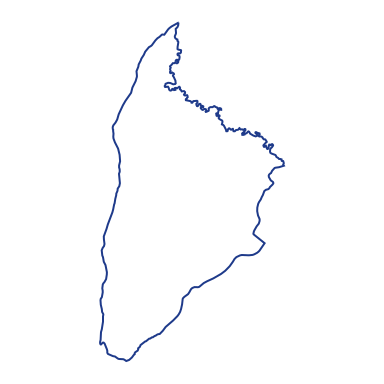 outline of Carmen De Apicala, Tolima, Colombia
{"feature_id": "7082276B91357442595153", "entity_name": "Carmen De Apicala", "entity_type": "district", "adm_level": 2, "iso_a3": "COL", "parent_name": "Colombia", "parent_adm1": "Tolima", "projection": "orthographic", "projection_center": [-74.743, 4.131], "detail": "fine", "context": "isolated", "style": "outline", "palette": "blue", "viewbox_px": 384, "rotation_deg": 0, "n_neighbors": 0, "source": "geoboundaries", "source_scale": "gbopen_adm2", "svg_char_len": 5992}
<svg xmlns="http://www.w3.org/2000/svg" viewBox="0 0 384 384"><path d="M177.8,23.0L171.5,26.5L169.4,28.1L168.1,29.4L164.3,34.7L162.3,34.5L161.8,34.7L159.5,36.9L157.5,38.2L155.4,40.4L151.8,45.3L150.8,46.1L148.9,47.2L145.2,51.7L143.8,54.9L141.4,58.6L140.7,60.6L138.7,64.4L138.3,66.8L136.5,71.2L136.9,75.3L136.9,76.8L136.5,78.1L135.6,81.2L132.4,87.6L131.1,92.8L125.5,100.8L122.9,105.3L118.7,114.3L117.2,119.5L115.5,122.6L113.3,125.4L112.7,127.1L112.8,129.1L113.2,129.8L113.1,130.7L113.5,133.6L113.3,136.8L113.5,138.5L114.9,142.3L118.1,148.6L119.6,154.8L120.1,161.3L119.1,165.4L119.1,167.5L119.6,169.1L119.7,170.4L119.7,171.8L119.0,173.8L119.9,183.2L119.3,186.2L117.7,188.6L117.5,190.8L116.3,193.6L116.2,195.3L115.3,198.8L114.6,203.3L114.1,204.6L113.2,209.3L112.4,212.3L107.8,224.5L106.5,229.0L103.8,236.4L103.9,239.2L104.5,244.0L104.0,246.1L102.7,247.9L101.7,250.3L102.3,255.5L103.0,257.2L103.8,261.8L105.5,265.1L106.9,272.2L106.8,274.6L106.1,279.1L104.5,282.0L103.4,283.3L102.8,284.4L102.3,288.3L102.7,290.8L102.7,292.5L101.9,297.0L101.6,297.6L100.8,298.7L100.5,300.2L100.8,304.8L101.8,309.0L102.1,311.9L103.3,314.2L103.3,314.8L103.0,316.3L103.0,321.7L101.8,329.3L101.0,332.1L100.6,339.8L100.1,342.0L100.1,343.2L100.5,344.3L100.9,344.5L102.9,342.6L103.6,342.6L104.6,343.6L106.9,349.3L107.3,350.8L107.3,352.6L107.6,353.4L108.1,354.0L112.9,356.1L115.0,356.5L117.9,358.6L119.0,359.0L123.2,359.2L124.4,359.7L126.2,361.0L129.2,359.9L131.9,357.5L133.8,354.9L134.7,354.2L134.6,353.3L135.3,352.2L137.7,350.6L138.3,349.0L138.1,348.6L138.2,348.2L139.9,346.8L140.5,345.1L145.1,341.5L146.1,341.2L149.1,338.7L150.3,338.5L151.8,337.4L152.8,337.3L154.6,336.0L155.7,335.7L156.6,334.9L158.1,334.2L159.7,334.0L162.8,330.8L165.6,327.0L173.1,320.5L177.5,316.0L178.7,314.4L180.1,311.9L181.1,308.9L182.1,304.3L182.7,298.9L183.1,298.1L184.4,296.8L188.1,294.1L189.3,292.3L191.0,289.2L192.3,288.0L194.5,287.1L198.0,287.2L199.3,286.8L203.7,283.1L207.0,281.3L213.3,278.4L221.1,273.9L225.2,270.8L229.7,266.2L232.9,261.7L234.5,259.0L236.4,257.1L240.0,255.4L241.8,255.0L248.9,255.3L252.7,254.9L254.3,254.3L257.1,252.8L258.6,251.6L259.6,250.5L264.6,243.2L254.8,235.3L253.6,234.3L253.4,233.7L253.9,231.4L254.4,230.3L256.6,226.4L258.8,223.6L259.6,220.9L259.6,219.1L258.0,215.4L257.2,211.2L257.3,207.6L258.2,203.8L259.0,202.1L260.8,199.4L261.7,197.2L262.9,195.0L264.3,191.1L265.9,189.8L268.4,189.1L269.4,188.1L270.0,187.0L272.5,184.6L273.3,183.5L273.3,182.8L272.9,181.9L270.8,180.4L268.9,177.1L268.7,175.7L269.1,174.6L270.1,173.6L271.0,173.1L272.1,170.8L274.6,168.0L275.5,167.7L279.1,167.2L283.9,165.7L283.2,164.6L283.8,163.2L283.5,162.0L283.2,161.1L281.8,160.9L281.6,160.6L281.6,159.4L280.4,159.0L279.1,159.0L278.2,158.0L276.5,157.0L275.7,155.3L275.2,154.9L271.4,153.5L270.3,152.7L270.0,151.5L270.2,149.3L270.7,148.4L271.9,147.3L273.0,145.7L273.1,145.2L272.7,144.5L272.1,144.1L271.6,144.3L271.1,144.6L270.9,145.1L270.4,145.2L270.0,144.7L269.3,144.6L268.8,145.4L268.7,147.0L268.2,148.6L267.9,148.9L267.4,149.0L267.0,148.7L265.9,145.8L265.4,146.0L264.6,146.8L264.1,146.9L263.8,146.6L263.4,145.6L263.5,145.2L265.9,142.6L266.7,142.0L266.7,141.6L265.4,139.6L264.9,139.3L264.0,139.4L263.5,139.0L262.7,138.1L262.6,137.5L261.8,136.8L260.6,136.4L259.3,136.5L258.9,136.2L258.8,135.1L259.7,134.3L259.5,133.4L257.3,132.8L256.4,132.2L255.6,132.2L255.4,132.5L255.6,133.3L256.8,134.2L257.4,135.2L257.4,135.7L255.7,136.4L253.4,135.6L250.2,133.7L249.2,131.8L248.5,131.4L248.0,131.6L246.5,133.3L245.2,133.4L244.8,134.4L243.4,134.9L242.3,134.9L242.1,133.6L242.7,132.8L243.7,133.1L244.1,131.5L245.2,130.6L245.5,129.9L245.3,129.1L244.5,129.0L243.7,129.7L243.0,129.8L242.0,129.3L240.7,129.5L240.1,129.1L239.5,128.1L239.3,128.2L238.7,129.2L237.9,129.8L236.1,130.0L234.9,131.2L234.3,131.3L233.5,131.2L232.9,128.9L232.5,128.9L231.5,129.7L230.9,129.7L229.6,128.5L229.1,128.3L228.0,129.3L227.6,131.0L227.0,131.3L226.3,131.2L225.9,129.5L224.0,125.8L223.3,125.0L221.9,124.4L222.5,121.8L222.2,120.6L219.3,119.0L218.7,118.2L218.8,117.2L219.5,116.4L219.6,115.8L219.4,115.4L217.8,115.4L217.0,116.0L216.5,115.6L216.2,113.6L216.5,113.3L218.0,113.4L218.3,111.4L218.9,110.0L219.7,109.6L221.2,109.8L221.2,109.0L220.6,108.3L219.1,108.1L217.9,109.1L217.6,108.8L217.1,107.5L215.3,106.9L214.6,106.1L214.1,106.1L212.7,107.1L210.5,107.1L209.3,107.7L208.7,108.5L208.8,110.3L208.6,110.8L206.4,111.8L205.8,111.9L205.6,111.5L206.2,110.7L206.3,110.3L205.8,109.2L204.4,108.9L203.4,109.7L202.6,109.9L202.0,109.6L200.8,108.3L200.8,107.4L201.7,107.1L203.1,107.2L203.3,106.4L202.8,106.0L200.9,105.5L200.4,104.0L200.0,103.8L199.0,104.1L198.0,105.9L197.4,106.2L197.0,106.1L196.5,105.1L196.3,103.9L197.3,102.7L197.5,102.2L197.4,101.1L197.0,100.8L193.4,101.1L192.3,102.7L192.0,102.8L191.5,102.7L191.3,101.8L190.3,101.1L185.9,100.2L185.8,99.3L186.1,98.9L186.7,98.7L187.0,97.9L187.7,97.2L187.5,95.8L187.1,95.2L185.0,95.5L184.3,95.2L184.0,94.5L185.1,93.1L185.0,92.0L184.0,91.1L181.7,91.4L181.0,90.1L179.9,89.3L180.1,87.9L179.5,86.8L179.1,86.8L177.2,88.3L175.9,87.8L174.7,88.1L174.6,88.7L175.4,89.3L175.5,89.8L175.3,89.9L174.0,90.1L172.9,89.0L172.4,88.9L172.0,89.2L171.9,90.0L170.8,90.6L169.9,90.4L169.2,89.7L168.6,87.6L168.0,86.7L165.2,87.0L164.9,86.8L164.7,86.0L165.3,85.1L165.6,83.8L168.1,82.8L170.3,83.0L173.2,84.3L175.2,84.0L175.7,83.4L175.4,80.6L173.8,77.1L172.9,75.8L173.0,75.2L174.0,74.2L173.8,73.5L172.2,72.5L171.7,72.6L171.0,73.2L170.4,73.1L170.1,72.8L170.0,71.9L170.6,70.8L170.1,69.5L170.1,68.9L170.7,67.7L170.1,66.8L170.0,66.3L171.7,64.7L172.8,63.2L174.2,63.2L175.0,62.6L175.6,62.6L176.2,63.2L177.0,63.3L178.0,62.6L178.3,61.8L178.2,61.3L175.8,60.6L176.0,60.2L176.6,59.8L178.8,59.9L179.3,59.2L179.6,57.2L179.5,56.2L179.2,55.6L177.8,55.2L177.5,54.7L177.6,53.8L178.2,53.3L180.2,53.3L180.9,52.6L181.1,50.4L180.9,50.1L178.2,49.6L177.5,49.0L177.6,46.8L178.3,42.6L178.2,41.5L177.4,40.8L177.4,39.5L176.3,39.0L175.4,38.3L174.8,36.9L174.9,36.0L175.9,33.7L176.0,32.9L175.7,28.9L177.4,27.2L178.2,25.4L178.3,24.2L178.1,24.3L177.8,23.0Z" fill="none" stroke="#1e3a8a" stroke-width="2"/></svg>